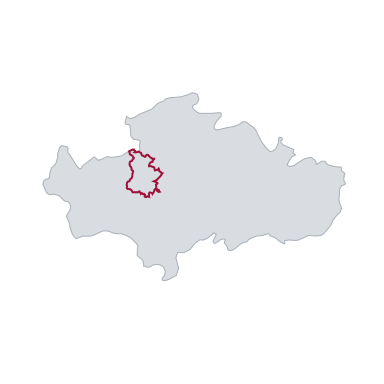 location of Rasinski within Republic of Serbia, rotated 123°
{"feature_id": "SRB-833", "entity_name": "Rasinski", "entity_type": "District", "adm_level": 1, "iso_a3": "SRB", "parent_name": "Republic of Serbia", "parent_adm1": "", "projection": "mercator", "projection_center": [21.143, 43.49], "detail": "medium", "context": "in_parent", "style": "outline", "palette": "rose", "viewbox_px": 384, "rotation_deg": 123, "n_neighbors": 0, "source": "natural_earth", "source_scale": "10m", "svg_char_len": 5174}
<svg xmlns="http://www.w3.org/2000/svg" viewBox="0 0 384 384"><g transform="rotate(123 192 192)"><path d="M214.3,151.3L222.3,153.8L226.0,156.2L227.9,159.4L233.1,161.4L241.4,162.4L247.2,165.7L250.5,171.0L255.8,169.8L263.2,161.8L270.4,159.7L277.5,163.5L281.4,166.6L282.1,169.1L280.4,170.1L276.5,169.6L273.2,171.2L270.6,174.7L270.3,178.4L272.0,182.4L274.6,185.1L277.8,186.6L279.6,188.7L279.8,191.3L280.6,192.0L278.8,193.3L276.8,195.1L275.6,198.2L275.3,203.2L269.0,207.1L266.6,207.9L265.5,210.5L263.9,217.8L264.1,223.4L265.0,226.2L265.3,228.4L267.4,231.3L269.3,235.6L270.5,241.2L273.2,245.6L280.2,249.9L283.7,252.4L286.3,256.1L288.3,259.3L294.1,263.7L293.6,266.8L292.3,269.8L291.0,271.3L288.1,275.2L285.3,277.3L280.7,284.2L273.4,284.6L271.7,285.1L268.9,287.0L267.5,290.4L268.8,293.2L268.7,295.9L267.4,301.3L269.2,307.1L271.7,309.7L272.1,311.2L271.7,313.9L267.9,319.4L266.7,321.4L262.8,322.4L261.5,321.9L259.5,320.0L257.7,319.5L253.1,321.7L248.4,323.0L244.8,322.0L241.1,321.9L238.6,322.8L236.7,323.1L233.0,325.5L227.0,327.2L224.3,326.8L223.3,324.6L222.1,321.4L222.7,320.0L226.6,317.5L227.1,315.1L232.6,303.6L233.6,299.8L233.7,298.6L232.2,297.8L229.2,297.8L215.8,293.1L216.4,287.7L212.5,284.8L208.2,282.2L207.5,279.3L202.8,273.5L199.4,270.2L194.9,268.6L191.1,266.1L188.9,264.7L187.9,261.9L187.9,260.3L186.7,258.7L184.9,258.9L181.8,261.1L178.0,263.0L177.3,264.3L178.7,267.6L179.7,269.6L179.2,271.6L178.0,274.1L170.6,279.6L169.8,281.5L171.2,284.5L170.3,286.0L164.2,288.0L164.4,286.3L164.0,283.6L160.5,280.7L155.5,278.5L144.5,270.9L140.2,269.9L136.4,269.0L131.0,265.3L128.2,264.7L125.1,262.0L118.3,253.2L112.6,248.4L108.7,245.9L107.6,243.5L107.3,241.1L107.5,240.3L110.4,236.8L112.7,236.3L115.7,236.2L117.6,237.9L120.1,238.3L121.6,236.0L122.3,232.8L122.0,228.7L115.8,219.0L110.6,212.3L110.0,210.8L111.1,209.5L112.9,208.8L114.9,209.4L120.1,209.9L125.0,209.3L126.7,207.6L126.7,205.4L124.9,203.3L119.1,197.8L114.6,192.9L109.3,189.1L105.4,187.6L104.2,185.7L103.7,183.6L104.2,179.9L104.4,175.1L105.4,172.1L108.9,166.4L112.3,160.3L114.4,154.5L115.5,149.1L115.1,147.5L113.3,146.4L109.6,145.2L104.4,146.2L100.0,148.2L98.2,148.3L97.7,145.9L98.4,144.8L99.7,145.0L100.9,145.4L102.1,144.3L102.8,141.1L101.0,129.6L104.3,128.6L104.3,127.0L104.6,125.5L108.0,127.5L112.8,127.5L117.0,127.1L117.7,126.0L117.6,124.4L116.7,123.1L115.3,122.1L114.2,120.5L111.3,119.8L102.5,115.6L98.1,111.3L98.3,106.6L99.5,104.0L101.1,103.1L100.6,102.3L95.6,100.1L93.8,97.1L95.3,93.2L92.7,85.3L89.9,80.5L92.6,78.4L93.0,75.4L93.2,73.7L94.3,73.7L98.7,71.7L100.2,70.1L101.2,68.2L102.2,67.7L105.1,69.8L108.2,69.9L111.6,68.6L114.2,66.8L117.3,65.3L118.7,64.3L120.5,62.6L124.1,57.8L128.1,56.8L133.6,58.0L139.5,58.5L144.0,57.4L155.2,58.8L157.6,59.9L159.1,61.1L162.1,65.2L164.9,70.6L168.8,73.0L173.5,76.0L175.9,78.1L179.4,84.5L182.2,87.6L183.1,87.4L184.1,86.6L184.7,86.0L185.4,86.6L185.5,88.5L185.7,92.8L185.0,97.3L186.0,101.6L186.0,103.0L185.3,104.2L185.4,105.3L186.4,106.4L190.2,109.3L193.7,113.7L197.7,116.7L201.5,118.7L203.8,118.8L207.7,122.4L215.4,124.9L217.8,125.8L219.5,127.2L220.7,128.9L220.8,130.7L219.6,131.6L218.0,134.0L217.3,136.9L216.1,137.7L214.8,137.7L213.9,138.6L214.2,139.9L215.2,141.1L216.8,142.2L219.8,143.3L222.8,144.9L222.8,146.1L222.2,147.5L218.4,148.0L215.5,148.3L214.2,148.8L214.3,151.3Z" fill="#d9dde1" stroke="#a8b0b8" stroke-width="1"/><path d="M189.9,261.7L189.4,260.7L188.6,259.8L187.2,258.8L187.1,257.2L186.9,256.3L188.6,253.9L188.1,252.5L188.3,251.9L188.1,250.5L187.4,250.3L186.2,250.5L185.3,250.1L184.8,249.0L185.2,248.2L185.2,247.7L185.8,245.4L185.5,244.7L185.7,243.8L184.7,241.9L185.4,241.7L186.2,242.2L187.0,242.2L188.2,241.5L189.4,242.7L190.5,243.0L192.5,242.7L193.8,242.1L192.6,240.3L192.4,238.8L191.9,237.6L192.4,236.5L193.4,235.8L194.1,234.8L193.4,234.1L192.7,233.8L192.3,233.0L190.5,232.7L191.1,231.8L192.5,230.6L192.2,229.2L192.7,227.9L192.4,227.1L193.3,227.3L193.6,227.0L194.4,227.0L195.3,227.3L196.0,227.0L197.6,227.5L199.0,227.6L199.7,228.0L201.0,228.0L203.8,229.8L203.3,228.0L203.2,227.0L203.4,225.7L204.1,225.7L205.3,226.3L207.2,224.7L208.3,224.2L208.8,222.4L208.8,221.6L208.5,220.7L209.2,220.2L209.4,219.3L210.2,220.1L210.0,220.7L210.1,221.6L209.7,222.5L209.7,223.2L209.4,223.9L209.7,224.5L210.5,224.7L213.0,224.0L215.0,224.1L214.6,224.5L215.2,226.9L215.5,227.3L216.7,227.3L218.5,226.1L219.1,226.1L219.5,225.5L220.0,227.1L221.3,227.7L221.6,229.0L221.5,229.3L220.9,229.7L220.2,229.6L219.8,230.0L219.7,231.1L220.0,231.1L220.5,232.1L220.6,232.7L220.3,233.4L221.4,233.8L220.8,234.4L220.8,235.5L220.1,236.1L220.3,236.7L221.9,237.3L222.3,238.4L223.1,239.1L223.2,239.9L224.5,241.3L224.4,242.1L223.5,243.5L223.6,244.4L223.3,245.1L223.8,246.5L224.5,247.7L224.4,248.3L223.9,249.1L222.7,249.4L222.2,249.8L221.8,250.6L219.4,251.6L217.9,251.3L217.1,250.4L215.1,250.8L213.3,250.2L211.2,250.7L208.9,252.0L207.0,252.4L206.3,253.2L206.4,254.1L206.3,254.7L204.6,256.1L204.1,257.3L203.9,258.3L203.5,258.6L203.0,259.3L201.8,260.0L200.9,260.4L200.1,260.4L198.3,259.2L197.1,259.6L195.9,259.1L195.0,259.4L194.9,260.3L194.0,261.6L194.3,264.5L193.8,265.1L193.2,265.4L192.2,267.0L188.6,264.9L188.3,264.3L188.5,264.3L188.6,262.1L189.2,261.5L189.9,261.7Z" fill="none" stroke="#9f1239" stroke-width="2"/></g></svg>